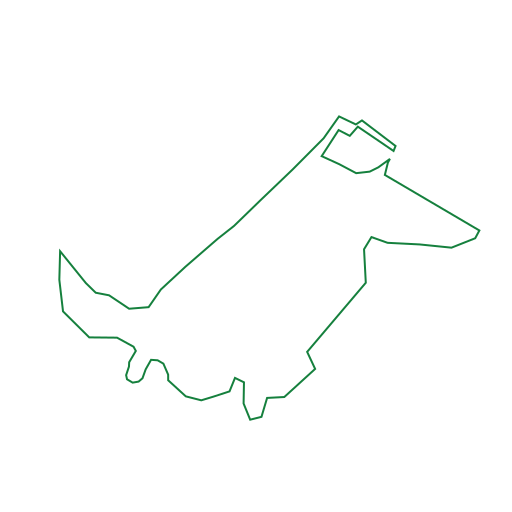 the district of Gulistan, Sirdaryo, Uzbekistan, rotated 136°
{"feature_id": "79887680B43594264952232", "entity_name": "Gulistan", "entity_type": "district", "adm_level": 2, "iso_a3": "UZB", "parent_name": "Uzbekistan", "parent_adm1": "Sirdaryo", "projection": "orthographic", "projection_center": [68.94, 40.477], "detail": "fine", "context": "isolated", "style": "outline", "palette": "green", "viewbox_px": 512, "rotation_deg": 136, "n_neighbors": 0, "source": "geoboundaries", "source_scale": "gbopen_adm2", "svg_char_len": 1007}
<svg xmlns="http://www.w3.org/2000/svg" viewBox="0 0 512 512"><g transform="rotate(136 256 256)"><path d="M92.2,232.8L106.4,234.8L115.6,237.7L126.4,246.0L132.3,264.1L139.4,282.2L109.1,289.2L105.1,277.3L92.9,278.3L84.1,236.0L79.2,238.2L85.6,279.9L92.8,281.3L99.3,298.7L125.6,293.7L169.5,292.8L213.3,293.0L250.9,292.9L271.7,295.0L314.4,297.3L347.7,298.0L368.8,293.8L383.9,306.2L389.0,329.8L396.8,340.9L397.2,354.7L393.6,395.5L414.0,375.5L433.3,350.2L432.5,313.3L412.7,293.8L407.1,275.8L408.4,271.2L421.0,267.7L424.2,264.7L432.2,260.5L434.4,256.9L432.7,250.6L427.7,247.2L422.6,246.9L414.1,251.1L412.1,251.7L403.6,254.2L399.2,249.3L397.4,242.9L401.6,231.7L405.5,227.6L404.0,203.8L395.6,190.2L384.3,184.4L369.1,177.0L355.8,182.9L352.4,173.5L367.4,158.5L373.9,142.3L363.8,136.5L346.6,146.2L333.6,134.9L291.9,133.7L285.8,151.5L195.6,160.5L173.6,185.8L159.8,189.4L152.2,174.1L130.3,150.7L109.6,126.2L86.0,116.5L77.6,119.2L107.0,224.8L96.2,231.6L92.2,232.8Z" fill="none" stroke="#15803d" stroke-width="2"/></g></svg>